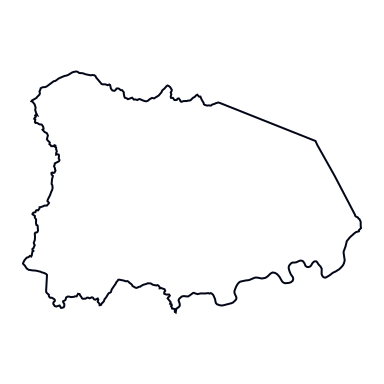 the district of Tartarugalzinho, Amapá, Brazil
{"feature_id": "56859067B68348525949477", "entity_name": "Tartarugalzinho", "entity_type": "district", "adm_level": 2, "iso_a3": "BRA", "parent_name": "Brazil", "parent_adm1": "Amapá", "projection": "orthographic", "projection_center": [-51.087, 1.312], "detail": "fine", "context": "isolated", "style": "outline", "palette": "ink", "viewbox_px": 384, "rotation_deg": 0, "n_neighbors": 0, "source": "geoboundaries", "source_scale": "gbopen_adm2", "svg_char_len": 5809}
<svg xmlns="http://www.w3.org/2000/svg" viewBox="0 0 384 384"><path d="M315.5,141.0L219.7,102.9L218.3,102.5L215.8,103.2L214.7,103.8L212.1,104.6L211.0,105.6L208.5,105.4L207.4,105.6L205.0,105.0L203.9,104.3L203.6,102.9L201.7,99.7L200.4,96.6L199.2,96.7L197.2,94.7L196.0,95.5L194.8,96.8L192.9,97.9L190.6,100.2L189.4,100.6L188.1,100.6L186.5,101.1L185.1,101.0L183.6,101.1L181.3,101.8L180.4,101.1L180.1,100.1L178.8,98.4L177.5,98.7L176.9,99.8L175.8,100.1L174.4,100.0L172.9,97.9L171.0,97.9L170.7,96.6L171.3,94.2L170.7,92.4L171.6,91.1L171.8,89.9L170.3,87.3L168.8,86.0L167.5,85.5L166.7,86.0L164.3,88.7L162.3,90.4L161.4,92.4L158.6,95.6L154.0,98.4L152.0,97.9L149.7,99.2L147.8,100.8L146.3,101.3L145.1,101.2L142.8,100.4L139.8,99.1L138.7,99.2L137.4,100.0L135.2,99.4L133.9,99.6L132.1,97.7L127.9,99.2L126.9,98.4L124.9,97.7L124.4,96.8L123.8,93.9L123.8,92.3L122.0,90.1L120.7,90.1L119.0,88.7L117.6,88.4L116.6,88.5L115.5,90.1L114.5,90.8L112.9,90.6L112.0,90.1L110.9,88.5L110.1,85.0L109.2,84.5L107.6,85.2L105.4,84.3L102.5,84.3L101.6,84.0L96.2,77.6L95.6,76.3L94.5,75.3L92.5,75.0L90.7,75.3L85.2,74.2L83.9,73.6L82.4,73.2L79.2,73.0L77.9,72.0L77.0,71.6L76.0,71.5L73.4,72.0L72.1,72.5L68.4,74.8L67.0,75.4L64.1,76.1L58.8,78.4L55.4,80.9L53.6,81.3L52.8,81.9L46.8,86.4L45.1,87.1L43.5,87.1L42.0,87.5L40.7,88.2L40.3,89.7L39.5,91.4L39.9,93.1L39.5,94.6L36.9,97.2L36.4,98.0L31.9,100.5L31.4,101.3L32.5,101.7L34.6,104.3L35.6,107.5L35.2,109.9L36.1,113.0L37.1,115.0L36.0,114.5L35.1,115.6L35.9,116.7L34.7,117.8L34.2,118.8L35.3,119.4L34.9,122.1L35.6,123.0L36.5,122.8L37.5,123.1L38.7,124.0L39.7,124.4L40.8,124.4L41.8,124.7L42.6,125.8L43.3,127.2L43.6,128.8L42.5,129.7L44.7,132.1L46.8,133.1L47.9,135.4L46.9,139.3L48.0,140.8L49.1,141.7L49.8,142.6L49.4,144.2L50.5,145.0L51.3,146.2L53.8,146.1L54.4,145.2L55.4,145.6L55.1,146.9L56.1,147.5L56.1,149.4L56.6,150.4L56.8,151.4L56.2,152.8L56.1,154.6L57.3,154.3L58.7,154.6L59.0,156.0L58.7,158.6L59.4,159.6L59.4,160.5L58.9,161.3L54.8,163.4L54.6,164.9L54.0,166.1L55.0,168.4L55.0,169.3L55.5,170.6L54.4,172.7L53.4,172.9L52.3,172.5L51.4,173.0L51.6,174.6L52.9,175.9L52.0,179.4L51.6,184.0L52.3,185.1L52.6,188.0L52.0,190.4L51.4,191.4L50.1,195.0L47.8,199.6L47.4,201.0L49.0,202.9L48.5,203.8L46.8,205.6L44.3,205.6L43.1,206.3L40.7,207.1L39.6,207.2L39.4,208.6L38.0,210.4L37.1,210.1L36.0,210.5L35.4,212.2L33.9,212.5L32.7,213.2L32.5,214.3L34.9,216.0L34.8,217.6L36.1,219.4L36.0,223.3L36.4,225.0L37.4,225.3L37.7,226.2L38.0,230.6L37.4,232.0L36.3,232.6L35.4,232.6L34.8,233.4L35.0,237.3L34.8,240.1L33.8,242.6L33.9,243.8L34.5,244.5L34.7,245.6L34.0,246.5L33.7,247.9L32.5,248.8L32.4,249.9L33.4,250.9L32.4,251.8L31.7,255.5L31.2,256.5L29.9,255.9L29.0,256.8L28.1,257.3L27.0,257.5L26.0,258.4L24.3,260.5L23.0,263.4L23.5,264.4L24.6,265.3L26.8,268.6L28.7,269.8L32.5,270.4L35.7,270.6L40.5,271.7L41.8,272.4L43.0,272.6L45.1,273.4L46.0,273.9L47.0,274.9L46.1,291.2L46.4,292.5L47.6,293.7L48.8,294.6L48.8,295.9L49.4,297.0L50.3,297.8L51.8,297.7L54.4,299.3L54.9,300.2L54.7,301.2L53.8,301.9L53.3,302.9L53.3,303.9L54.8,306.1L56.3,306.5L59.6,305.5L61.0,307.9L62.5,307.7L63.6,307.3L64.2,306.4L64.3,305.4L64.3,303.9L63.4,302.6L63.0,301.4L65.3,300.1L65.7,299.2L66.1,297.5L67.6,296.6L69.2,296.6L70.9,297.1L74.0,296.8L75.0,296.3L76.7,296.3L78.0,293.8L79.6,294.1L80.2,295.6L81.1,296.6L82.0,298.3L83.0,298.8L85.6,298.6L87.0,297.7L88.2,297.7L89.6,298.3L91.9,297.3L92.9,297.7L94.1,299.3L95.3,299.7L97.7,298.5L98.3,299.6L97.7,301.7L99.4,303.7L99.6,305.2L100.9,305.0L102.0,303.1L103.2,302.2L104.0,300.9L104.5,299.3L106.1,297.4L108.2,293.9L109.0,293.0L110.1,292.7L111.0,291.9L111.6,289.6L115.8,283.5L116.4,282.1L117.4,281.1L118.2,279.8L119.4,279.7L120.9,280.0L123.5,280.5L126.0,281.3L127.5,281.1L128.6,281.8L129.7,283.0L131.1,283.9L132.1,285.0L132.5,286.0L135.5,287.7L136.8,287.9L139.0,286.8L140.4,286.6L141.2,285.9L143.2,284.8L146.1,284.0L147.7,283.3L150.4,283.4L151.5,283.8L152.4,284.6L153.5,284.9L156.3,285.5L157.4,285.1L158.3,285.5L159.8,287.3L159.7,288.3L161.1,288.0L164.6,289.3L165.2,290.9L164.3,292.0L164.2,293.7L166.1,294.5L169.0,294.5L169.8,295.5L169.3,296.5L168.2,297.4L167.6,298.3L170.7,302.2L170.1,303.8L171.5,304.2L171.8,305.4L171.0,306.1L171.8,307.3L172.0,308.5L174.8,309.0L174.8,311.9L175.7,312.5L176.1,310.0L176.6,308.5L178.6,307.2L179.3,306.5L179.7,305.7L179.8,304.5L179.6,303.4L178.6,300.6L178.8,299.5L179.4,298.6L181.5,296.7L182.4,296.3L183.8,296.1L188.0,296.5L189.2,295.8L193.2,292.9L194.1,292.9L195.1,293.4L197.5,294.1L200.8,293.4L205.1,293.5L208.1,293.1L209.6,293.6L210.6,293.1L211.8,293.6L212.9,294.6L213.5,295.5L215.0,299.0L215.8,302.9L216.9,304.2L219.5,305.2L221.6,305.5L223.3,305.3L231.1,303.3L232.9,302.6L235.1,300.6L236.2,299.2L236.4,298.1L236.3,297.1L234.6,293.4L234.4,291.5L234.7,290.3L236.1,286.7L237.5,284.2L239.2,282.3L240.4,281.6L245.5,280.5L249.0,280.1L255.0,277.6L257.4,277.6L261.8,278.5L265.3,277.9L267.5,276.5L270.5,273.6L272.5,272.5L274.7,272.8L276.7,273.8L278.3,275.4L279.6,277.0L281.9,281.1L282.7,282.0L283.8,282.8L285.3,283.2L286.8,283.1L288.9,282.9L290.8,282.3L292.6,280.9L293.1,279.7L293.2,278.6L292.9,277.3L290.7,274.1L289.4,270.9L288.7,268.2L288.7,267.1L289.0,266.0L289.5,265.1L291.0,263.4L292.3,262.6L294.9,262.5L296.3,262.3L299.5,260.8L300.8,260.6L302.2,260.8L303.2,261.5L304.4,263.2L305.6,266.0L307.2,267.0L308.7,267.0L310.1,266.5L311.0,265.6L312.3,263.4L313.7,261.8L315.0,261.3L316.1,261.3L317.0,262.0L318.5,264.4L320.5,266.5L321.7,268.7L321.6,274.1L322.5,276.1L323.4,277.1L324.3,277.5L325.6,277.6L326.4,277.2L329.5,275.4L332.8,272.8L335.8,271.4L339.4,269.1L341.9,266.6L342.9,265.3L343.9,263.4L344.7,260.4L343.6,252.8L343.7,251.4L345.5,246.5L346.8,241.1L350.0,237.2L354.5,233.2L355.7,232.3L357.0,231.8L358.9,231.3L359.0,230.1L361.0,228.1L360.7,225.9L360.7,221.8L359.5,219.2L358.5,218.5L357.9,217.5L355.7,216.4L355.2,215.7L354.9,214.6L334.5,175.6L317.3,145.0L315.5,141.0Z" fill="none" stroke="#020617" stroke-width="2"/></svg>